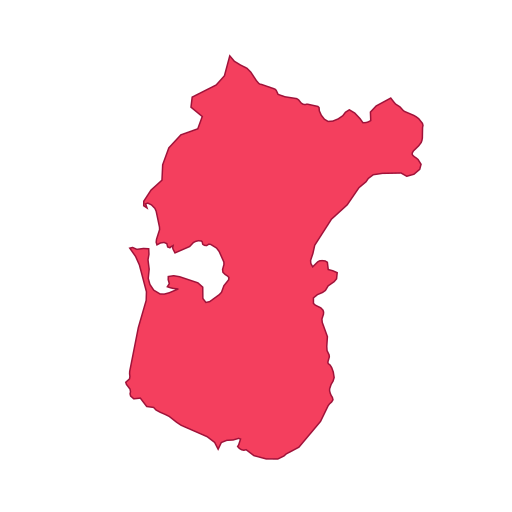 an SVG outline of Tulcea, rotated 110°
{"feature_id": "ROU-4847", "entity_name": "Tulcea", "entity_type": "County", "adm_level": 1, "iso_a3": "ROU", "parent_name": "Romania", "parent_adm1": "", "projection": "mercator", "projection_center": [28.807, 45.066], "detail": "fine", "context": "isolated", "style": "filled", "palette": "rose", "viewbox_px": 512, "rotation_deg": 110, "n_neighbors": 0, "source": "natural_earth", "source_scale": "10m", "svg_char_len": 3283}
<svg xmlns="http://www.w3.org/2000/svg" viewBox="0 0 512 512"><g transform="rotate(110 256 256)"><path d="M118.5,131.8L125.1,135.5L129.5,141.6L128.4,148.1L135.1,165.5L139.5,173.6L144.7,177.0L148.6,178.0L156.5,182.6L176.7,187.8L195.6,197.7L225.8,204.5L234.2,203.4L241.4,203.2L244.2,202.0L246.8,199.0L240.4,196.0L238.8,194.6L237.7,192.2L237.0,189.3L237.5,186.8L244.0,183.5L243.6,178.7L243.9,174.0L249.9,172.5L253.4,173.8L259.4,178.0L264.6,179.0L267.5,181.0L271.2,185.0L275.7,187.7L280.9,185.8L281.9,183.5L282.6,177.3L284.0,174.5L285.6,173.3L287.6,172.7L292.7,172.5L295.8,171.0L307.4,161.3L316.7,158.6L320.6,156.9L323.9,153.5L325.7,152.6L331.2,152.2L332.4,151.3L333.2,149.0L335.1,146.6L338.6,143.7L343.5,141.0L347.2,140.8L350.9,141.5L355.6,141.4L357.6,140.7L359.6,139.3L361.4,137.6L362.7,135.9L364.8,134.5L367.3,135.0L369.7,136.3L372.0,137.0L389.4,138.8L421.0,150.3L431.6,159.9L434.3,161.3L439.3,166.1L443.2,177.1L444.3,189.7L441.4,199.0L442.7,201.0L443.0,203.4L442.5,205.8L441.3,208.1L439.3,207.7L433.3,207.9L433.3,209.9L436.7,214.6L439.2,220.4L443.1,224.8L450.5,225.5L445.3,231.1L442.5,240.0L440.7,268.3L439.4,273.7L436.4,282.8L435.9,287.4L435.6,292.6L434.9,297.3L433.3,300.4L434.8,307.2L429.1,316.1L432.0,322.0L430.5,325.9L428.6,327.2L426.5,327.5L424.2,328.8L421.0,333.8L419.2,335.2L414.7,332.8L412.3,333.3L409.9,334.5L407.7,335.2L363.4,342.1L335.3,344.0L327.1,346.7L304.3,362.5L297.6,369.0L291.8,377.3L290.2,374.9L290.5,370.2L287.4,364.3L285.9,359.3L291.0,357.2L296.5,356.2L304.9,351.9L313.9,349.6L319.0,346.0L323.1,340.4L324.5,333.2L323.2,329.2L320.2,324.9L313.5,317.7L314.8,322.8L315.1,325.3L315.2,328.8L311.6,328.0L308.3,330.4L305.3,331.4L302.7,326.6L301.6,320.7L301.1,301.4L303.5,295.4L314.1,291.4L316.8,287.2L314.7,283.9L304.9,277.3L301.9,276.0L294.9,276.0L287.8,273.6L285.5,274.1L284.6,275.7L283.9,278.7L282.6,281.5L280.1,282.8L275.0,283.2L272.7,284.1L264.4,292.1L262.0,295.8L260.6,302.5L261.0,304.4L263.1,306.0L263.6,308.1L263.2,310.0L262.1,310.8L261.1,311.4L260.6,312.4L261.3,315.3L262.9,317.7L264.7,319.4L269.8,321.6L280.8,333.2L277.9,336.3L276.7,337.2L274.6,337.5L276.7,339.3L277.7,339.7L277.7,342.1L274.9,344.0L274.7,347.0L276.4,350.2L279.4,352.9L277.2,354.5L274.3,355.2L264.2,355.6L261.8,356.6L248.1,365.1L245.8,367.3L243.7,371.7L243.3,375.8L244.8,377.6L248.1,374.9L247.2,378.7L242.9,380.2L230.0,377.2L216.9,370.3L202.2,374.9L184.2,374.9L167.8,368.0L156.4,354.2L143.3,354.2L138.4,368.0L128.5,370.3L118.7,361.1L108.9,351.9L97.5,347.3L76.9,349.1L80.4,343.0L81.8,336.3L82.7,328.7L85.0,323.8L91.1,315.6L92.9,312.4L93.2,311.0L92.9,309.5L92.7,295.3L93.4,293.7L96.6,290.5L96.5,283.3L94.2,271.6L94.7,269.4L96.8,265.9L97.3,263.8L97.0,261.9L96.5,260.9L96.0,260.3L95.7,259.4L94.3,249.0L95.0,247.5L98.0,246.1L101.4,242.8L104.1,238.5L104.9,234.3L103.0,230.0L99.1,225.7L94.5,222.4L90.3,221.1L86.7,218.3L87.9,212.1L91.3,205.3L94.2,201.1L93.3,198.9L92.3,197.2L91.0,195.8L89.5,194.5L81.6,197.7L73.9,194.4L61.5,183.4L64.4,178.8L65.5,176.8L66.6,171.9L66.9,171.2L68.8,167.7L69.2,166.6L69.4,165.4L69.9,155.9L70.4,153.1L71.3,150.1L74.4,145.0L76.1,143.8L78.4,143.4L88.3,140.0L90.8,139.6L92.8,139.6L96.8,140.8L103.4,144.0L105.7,144.4L107.0,144.0L107.8,143.1L108.6,141.1L109.0,139.3L109.9,136.7L113.0,132.8L113.3,132.3L118.5,131.8Z" fill="#f43f5e" stroke="#9f1239" stroke-width="1.5"/></g></svg>